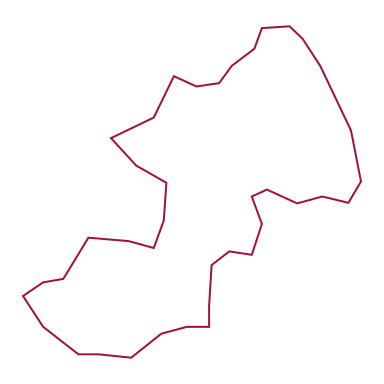 the District of Kosovska Mitrovica
{"feature_id": "KOS-5894", "entity_name": "Kosovska Mitrovica", "entity_type": "District", "adm_level": 1, "iso_a3": "XKX", "parent_name": "Kosovo", "parent_adm1": "", "projection": "mercator", "projection_center": [20.905, 42.931], "detail": "fine", "context": "isolated", "style": "outline", "palette": "rose", "viewbox_px": 384, "rotation_deg": 0, "n_neighbors": 0, "source": "natural_earth", "source_scale": "10m", "svg_char_len": 590}
<svg xmlns="http://www.w3.org/2000/svg" viewBox="0 0 384 384"><path d="M289.6,26.3L302.6,38.8L320.4,66.2L351.0,130.5L361.0,181.5L348.4,202.8L322.2,196.5L297.1,203.4L266.9,189.6L251.8,196.5L261.9,224.0L251.8,254.8L229.2,251.4L211.6,265.1L209.1,306.3L209.1,326.9L186.5,326.9L161.3,333.7L131.2,357.7L98.5,354.3L78.4,354.3L43.2,326.9L23.0,296.0L43.2,282.3L63.3,278.9L88.4,237.7L128.6,241.1L153.8,248.0L163.8,220.5L166.4,182.8L136.2,165.6L111.0,138.1L153.8,117.5L173.9,76.2L196.5,86.5L219.2,83.1L231.7,65.9L254.4,48.7L261.9,28.1L289.6,26.3Z" fill="none" stroke="#9f1239" stroke-width="2"/></svg>